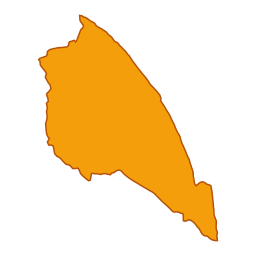 Uriri, Nyanza, Kenya (Equal Earth projection)
{"feature_id": "3690345B30579177198917", "entity_name": "Uriri", "entity_type": "district", "adm_level": 2, "iso_a3": "KEN", "parent_name": "Kenya", "parent_adm1": "Nyanza", "projection": "equal_earth", "projection_center": [34.454, -0.944], "detail": "fine", "context": "isolated", "style": "filled", "palette": "amber", "viewbox_px": 256, "rotation_deg": 0, "n_neighbors": 0, "source": "geoboundaries", "source_scale": "gbopen_adm2", "svg_char_len": 3424}
<svg xmlns="http://www.w3.org/2000/svg" viewBox="0 0 256 256"><path d="M129.5,56.1L127.7,54.3L126.3,52.3L125.0,50.8L123.5,49.4L121.4,47.1L119.5,45.4L118.4,43.8L117.1,42.4L115.0,41.7L113.5,39.9L112.4,38.1L110.6,36.2L108.6,34.8L107.3,33.2L106.2,32.0L104.8,30.9L103.1,30.0L101.8,29.0L100.4,28.2L98.4,27.2L96.3,25.8L94.8,23.5L93.5,22.4L91.5,21.6L89.6,20.3L87.6,18.8L85.9,17.6L83.7,17.0L81.7,15.7L79.6,15.4L79.9,19.0L80.1,20.8L81.3,22.6L82.4,24.0L83.5,25.7L83.0,27.7L80.9,29.5L80.5,30.5L79.5,33.0L78.7,35.3L77.7,37.8L76.9,40.0L75.7,41.9L74.1,40.3L73.0,40.7L71.2,41.4L69.6,41.7L68.7,43.2L68.6,45.2L67.3,46.7L65.6,47.1L63.4,47.3L61.6,47.5L59.6,47.6L57.0,47.9L55.3,48.4L53.9,48.5L53.2,48.7L51.9,49.1L51.4,49.2L49.6,49.7L47.4,51.5L47.2,54.4L46.4,56.0L45.0,56.6L43.6,57.0L41.8,57.7L39.8,58.4L38.6,59.7L40.0,61.1L40.3,65.0L42.0,67.3L43.7,69.5L45.1,71.2L45.5,71.8L46.2,73.3L46.5,74.3L45.6,75.7L45.4,77.6L46.8,79.9L48.3,82.8L49.8,84.6L50.5,86.5L50.9,88.8L49.5,90.8L47.8,92.5L46.6,93.9L47.0,96.0L47.9,98.4L48.3,101.4L46.4,103.3L46.6,104.2L47.4,108.2L47.1,108.9L46.8,109.9L46.5,111.9L47.0,114.9L47.1,118.2L46.4,121.2L45.6,123.8L45.9,126.8L46.1,130.3L46.5,132.8L46.6,133.9L47.9,136.9L49.4,138.5L48.3,140.3L47.4,142.2L48.8,145.1L51.2,145.1L53.0,145.7L53.7,148.3L54.1,150.9L54.7,153.7L56.8,156.2L59.2,157.3L59.8,157.9L61.0,159.0L61.5,159.5L63.2,161.5L66.0,164.3L68.1,164.7L70.0,165.5L71.1,166.7L72.7,168.5L75.3,168.5L77.1,168.1L78.4,168.6L79.5,170.8L80.3,172.8L80.8,173.8L81.5,174.6L83.0,176.2L83.8,176.8L84.5,177.4L86.0,178.7L86.7,179.3L87.4,179.8L88.6,180.7L90.2,180.3L90.7,178.1L91.1,176.0L91.3,174.8L91.5,173.6L93.4,173.4L95.3,173.9L97.5,173.7L100.4,174.5L103.3,173.7L105.8,173.6L108.0,174.4L110.3,174.7L111.9,173.0L113.8,172.7L116.2,170.9L118.8,170.0L121.0,170.7L123.7,173.7L126.4,176.0L129.4,178.3L131.3,179.5L132.8,180.6L135.3,182.0L137.4,183.2L140.5,185.2L145.0,187.8L147.6,189.3L149.5,190.5L152.0,191.8L153.8,193.1L155.1,194.2L156.3,195.6L157.7,196.9L162.2,201.5L165.6,204.5L168.8,207.5L170.7,209.4L172.2,211.1L174.2,212.1L176.6,211.8L178.8,212.2L180.8,213.3L182.5,213.5L183.0,213.7L183.3,217.0L183.3,219.0L183.4,220.1L183.4,220.8L185.3,221.2L186.9,220.6L188.9,219.8L190.8,220.3L192.4,221.4L194.0,222.6L195.7,224.6L197.3,226.8L198.7,228.3L200.0,230.1L201.0,232.2L202.2,234.0L204.2,235.7L206.3,235.9L207.8,236.5L209.7,238.4L212.0,239.8L215.1,240.6L217.4,240.6L217.1,237.6L216.7,235.7L217.4,233.6L217.2,231.7L216.5,230.2L216.1,227.2L216.2,224.1L216.3,221.0L214.8,217.1L214.5,216.2L213.9,214.2L213.9,211.9L213.9,211.1L213.9,210.2L213.7,208.6L213.5,207.0L213.2,203.5L212.0,191.7L211.6,189.9L211.2,187.6L210.8,185.6L208.9,184.7L207.4,184.4L206.7,184.1L205.0,182.8L204.3,182.4L202.8,181.9L202.0,181.9L200.9,182.1L200.0,182.6L198.9,183.4L198.3,183.9L196.2,185.7L194.7,183.9L194.2,181.1L193.8,178.9L193.3,176.2L193.2,172.8L192.7,170.7L191.9,168.5L191.2,166.1L190.5,164.3L189.6,161.2L189.2,159.6L187.9,157.0L186.3,153.3L185.6,151.3L184.7,149.3L183.5,146.5L181.8,142.8L180.6,139.4L180.1,137.0L178.7,134.1L177.4,132.2L176.5,130.3L175.5,128.0L174.3,124.8L172.8,121.9L170.8,117.7L169.7,115.2L168.4,113.1L167.1,111.1L165.0,107.5L163.6,105.3L162.4,103.5L161.8,102.6L161.2,101.5L160.6,100.8L161.0,98.6L159.9,95.2L157.4,92.0L155.1,89.5L153.1,87.3L151.6,85.8L149.5,83.4L148.1,80.9L145.6,77.5L143.7,75.3L141.4,72.5L139.3,69.9L137.1,67.1L135.1,64.3L133.1,61.8L131.6,59.4L130.3,57.7L129.5,56.1Z" fill="#f59e0b" stroke="#b45309" stroke-width="1.5"/></svg>